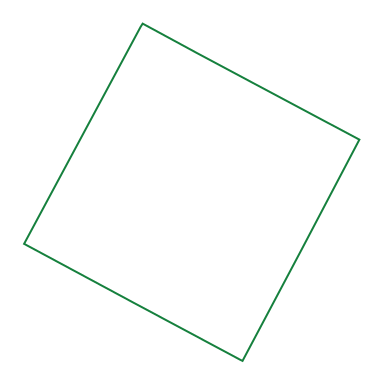 Cass, Iowa, United States of America, rotated 28°
{"feature_id": "52423323B96311963855013", "entity_name": "Cass", "entity_type": "district", "adm_level": 2, "iso_a3": "USA", "parent_name": "United States of America", "parent_adm1": "Iowa", "projection": "albers", "projection_center": [-94.938, 41.332], "detail": "fine", "context": "isolated", "style": "outline", "palette": "green", "viewbox_px": 384, "rotation_deg": 28, "n_neighbors": 0, "source": "geoboundaries", "source_scale": "gbopen_adm2", "svg_char_len": 287}
<svg xmlns="http://www.w3.org/2000/svg" viewBox="0 0 384 384"><g transform="rotate(28 192 192)"><path d="M69.4,66.5L69.1,70.2L68.1,316.6L192.3,317.2L313.5,317.5L315.9,317.4L315.8,192.4L315.2,67.2L193.0,67.1L131.0,67.0L69.4,66.5Z" fill="none" stroke="#15803d" stroke-width="2"/></g></svg>